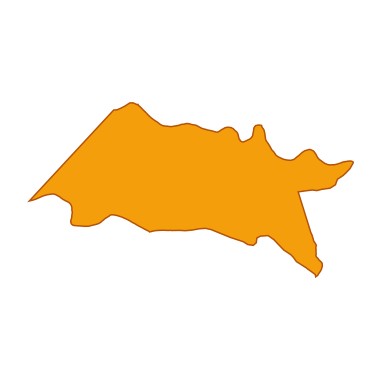 Morne Palama, Choiseul, Saint Lucia (Robinson projection), rotated 266°
{"feature_id": "8701671B53815212038994", "entity_name": "Morne Palama", "entity_type": "district", "adm_level": 2, "iso_a3": "LCA", "parent_name": "Saint Lucia", "parent_adm1": "Choiseul", "projection": "robinson", "projection_center": [-61.04, 13.788], "detail": "fine", "context": "isolated", "style": "filled", "palette": "amber", "viewbox_px": 384, "rotation_deg": 266, "n_neighbors": 0, "source": "geoboundaries", "source_scale": "gbopen_adm2", "svg_char_len": 6105}
<svg xmlns="http://www.w3.org/2000/svg" viewBox="0 0 384 384"><g transform="rotate(266 192 192)"><path d="M210.3,354.9L210.8,354.7L211.0,354.5L211.3,353.9L211.7,353.0L211.9,351.9L211.9,351.0L211.9,349.9L211.8,349.0L211.7,348.6L211.6,346.6L211.4,345.0L211.3,344.5L211.2,343.9L210.9,343.3L210.6,342.3L210.4,341.6L210.0,339.9L209.7,338.8L209.6,337.8L209.4,336.9L209.3,336.2L209.3,335.1L209.4,334.2L209.4,333.4L209.4,332.5L209.4,331.4L209.5,330.9L209.8,329.7L210.2,328.6L210.5,328.0L210.8,327.5L211.2,326.6L211.9,325.7L212.2,325.3L213.1,324.2L213.4,323.8L213.7,323.5L214.4,322.8L214.6,322.5L215.1,321.8L215.9,321.0L216.7,320.4L217.8,319.6L220.4,318.5L221.6,317.9L222.7,317.2L223.2,316.9L223.6,316.7L224.6,315.8L225.9,313.4L226.2,312.7L226.2,311.6L226.1,311.0L225.7,309.5L225.5,308.5L225.4,307.9L225.0,306.9L224.3,305.6L223.8,304.7L223.0,303.7L220.8,300.9L220.3,300.1L219.6,299.0L218.9,298.1L217.7,296.5L217.1,294.9L216.9,293.6L216.8,292.6L216.8,291.7L217.0,290.7L217.1,289.7L217.3,289.1L217.5,288.1L217.8,287.2L218.1,286.1L218.5,285.1L219.0,284.1L219.2,283.9L219.6,283.1L220.7,281.1L221.0,280.7L221.2,280.3L221.7,279.6L222.4,278.9L223.1,278.2L223.8,277.8L224.5,277.5L225.4,276.9L226.4,276.3L228.5,274.5L231.9,273.0L234.6,271.6L237.1,270.1L238.4,269.4L239.6,269.1L240.3,269.0L240.7,269.0L241.4,269.0L242.9,268.9L243.6,268.8L244.5,268.7L245.5,268.7L246.7,268.5L247.6,268.3L248.6,268.2L249.9,267.6L250.6,267.1L251.6,266.5L252.1,266.3L253.6,266.0L254.2,263.2L254.1,262.2L253.8,260.1L251.9,258.4L250.6,258.0L249.4,257.8L248.1,257.5L246.8,257.1L245.6,256.8L244.6,256.6L244.1,256.4L243.5,256.2L242.6,255.4L241.9,254.8L241.1,253.8L240.8,253.2L240.6,252.8L240.0,251.3L239.6,250.3L239.2,249.4L239.0,248.6L238.6,247.6L238.4,247.0L238.4,246.1L238.6,245.4L239.0,244.6L239.6,244.0L240.0,243.8L240.6,243.4L241.2,243.0L241.7,242.7L243.0,242.4L244.1,242.3L244.4,242.2L245.4,242.1L246.0,242.0L246.9,241.7L247.4,241.5L247.8,241.4L248.3,241.1L248.8,240.7L249.3,240.3L249.7,239.8L250.5,239.0L251.2,238.4L252.1,237.7L252.3,237.4L252.8,236.6L253.7,235.2L253.7,234.4L253.9,233.5L254.1,232.4L254.1,231.7L254.0,230.6L253.8,230.0L253.7,229.2L252.6,227.0L252.3,226.2L250.6,223.3L250.2,222.5L250.0,221.3L250.0,220.8L250.4,219.4L251.4,216.7L251.9,215.1L252.3,213.6L252.7,212.1L253.1,211.0L253.7,209.6L254.0,208.3L254.3,207.6L254.8,206.3L255.8,204.7L256.1,204.2L256.8,203.1L258.3,200.7L259.6,195.5L259.9,195.1L260.0,194.7L260.1,194.4L260.4,193.5L260.5,192.8L260.6,192.4L260.6,191.9L260.7,191.4L260.6,190.9L260.3,188.9L260.2,188.5L260.2,188.0L260.2,187.7L260.2,187.2L260.2,186.5L260.2,186.1L260.1,185.8L260.0,185.4L259.8,184.7L259.6,184.2L259.5,183.6L259.4,183.3L259.4,183.0L259.3,182.3L259.2,182.0L259.2,181.5L259.2,181.1L259.1,180.6L259.1,180.1L259.0,179.7L259.0,179.2L258.9,178.7L258.9,178.4L258.8,177.9L258.8,177.6L258.7,177.1L258.7,176.7L258.7,175.8L258.7,175.4L258.8,175.0L258.8,174.6L258.9,174.1L259.0,173.8L259.2,172.6L259.3,172.3L259.4,172.0L259.4,171.5L259.5,171.0L259.5,170.5L259.7,169.6L259.7,169.2L259.9,168.8L260.0,168.3L260.1,168.0L260.2,167.7L260.3,167.3L260.5,166.9L260.7,166.6L260.9,166.3L261.1,165.9L261.4,165.5L261.6,165.2L262.0,164.6L262.2,164.4L262.5,164.1L262.7,163.9L263.0,163.5L263.2,163.3L263.4,163.1L263.8,162.7L264.0,162.5L264.3,162.1L264.7,161.6L264.9,161.3L265.1,161.0L265.3,160.6L265.6,160.3L265.8,160.1L265.9,159.8L266.5,159.2L266.8,158.8L267.0,158.5L267.3,158.2L267.9,157.5L268.2,157.2L268.5,156.8L268.8,156.5L269.1,156.2L269.3,156.0L269.5,155.8L270.0,155.3L272.4,153.2L272.7,153.0L273.0,152.7L273.6,152.2L273.9,152.0L274.4,151.6L274.8,151.2L275.4,150.8L275.6,150.5L275.9,150.3L276.3,149.9L276.5,149.7L277.3,149.0L277.9,148.5L278.2,148.2L278.4,148.0L278.7,147.8L279.0,147.6L279.6,147.1L279.8,146.9L280.2,146.6L280.5,146.3L280.8,146.0L281.8,145.0L282.0,144.7L283.1,144.2L282.8,143.7L283.2,143.0L285.0,139.5L285.2,136.2L283.9,133.8L282.3,130.9L280.5,126.7L279.2,122.9L279.2,119.6L194.4,29.1L194.6,30.4L194.9,31.9L195.1,33.2L195.5,34.6L195.9,36.1L196.9,38.8L197.4,40.2L198.0,41.8L198.3,42.6L198.7,44.3L198.9,45.1L199.1,46.2L199.4,47.8L199.5,49.1L199.6,50.3L199.7,51.8L199.7,52.1L199.6,54.1L199.2,55.1L198.5,56.5L197.2,58.4L196.6,59.5L195.5,60.6L195.0,61.1L193.5,63.0L192.7,64.3L192.2,64.9L191.6,66.1L191.2,66.8L190.5,67.9L189.8,68.8L188.4,69.9L187.7,70.4L186.9,70.6L185.9,70.9L184.5,71.1L182.4,70.9L179.7,71.2L178.5,70.8L176.5,70.4L174.9,70.2L173.0,69.5L171.6,69.0L170.3,69.0L169.1,69.3L168.4,69.6L167.6,70.4L167.1,71.1L166.8,72.1L166.5,74.0L166.2,75.9L166.0,77.5L165.8,79.0L165.6,80.4L165.3,82.3L165.1,84.8L165.1,86.9L165.6,89.3L165.9,91.2L166.2,93.2L166.6,95.0L167.0,96.5L167.9,98.5L169.6,100.7L170.5,102.1L171.4,103.2L172.2,104.6L172.8,105.8L173.3,106.8L173.7,107.6L174.3,108.3L174.7,109.0L174.8,109.8L174.8,111.0L174.6,112.5L174.0,114.7L173.4,116.7L173.1,117.2L172.4,119.1L171.7,120.7L170.7,122.4L170.1,123.7L169.2,125.3L168.4,126.6L167.6,127.9L166.6,129.2L165.3,131.2L164.1,133.2L162.4,135.5L160.6,138.5L159.5,140.3L158.5,141.7L157.7,143.0L156.7,144.8L156.1,145.8L155.6,146.4L155.1,146.9L155.4,148.7L155.7,149.8L155.8,151.3L156.0,152.9L156.0,155.0L156.0,157.4L155.9,159.3L155.8,161.4L155.5,163.6L155.3,165.8L155.3,167.5L155.0,169.2L154.6,176.7L154.3,179.2L154.1,180.8L153.9,182.2L153.9,183.9L153.9,186.1L154.0,187.4L154.0,188.6L154.1,190.8L154.3,192.1L154.5,193.8L154.8,196.7L154.8,203.0L153.2,208.4L144.0,227.1L138.8,239.8L135.7,243.9L134.5,249.4L136.9,252.6L141.6,253.5L143.2,257.1L143.2,264.9L138.8,270.3L127.7,279.5L122.5,286.3L119.7,288.6L115.3,291.3L108.3,300.8L107.1,302.0L104.2,305.6L102.2,307.9L101.2,309.1L99.1,309.5L98.8,309.5L100.0,311.5L101.6,312.6L103.9,314.5L105.7,315.6L108.5,316.7L109.5,316.9L111.6,316.9L112.7,316.4L115.3,314.0L116.8,313.1L118.6,311.6L119.6,311.2L120.2,311.1L120.9,311.5L123.3,311.5L125.8,311.7L128.3,311.7L130.2,312.3L131.5,311.7L133.6,310.6L134.8,309.9L137.4,309.5L139.6,308.9L140.5,308.8L142.0,308.2L144.0,307.5L145.1,307.3L184.7,297.9L185.1,303.2L185.6,312.2L184.7,316.6L185.6,321.5L186.2,330.0L187.4,332.3L189.2,335.6L192.2,336.9L194.7,338.1L197.9,343.9L200.7,347.3L204.4,351.3L209.6,354.7L210.3,354.9Z" fill="#f59e0b" stroke="#b45309" stroke-width="1.5"/></g></svg>